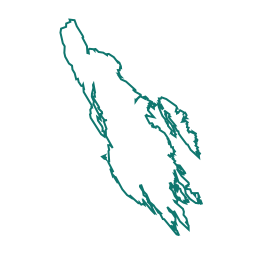 outline of Radøy nor, Norway, rotated 196°
{"feature_id": "86288312B30857166423127", "entity_name": "Radøy nor", "entity_type": "district", "adm_level": 2, "iso_a3": "NOR", "parent_name": "Norway", "parent_adm1": "", "projection": "albers", "projection_center": [4.99, 60.666], "detail": "fine", "context": "isolated", "style": "outline", "palette": "teal", "viewbox_px": 256, "rotation_deg": 196, "n_neighbors": 0, "source": "geoboundaries", "source_scale": "gbopen_adm2", "svg_char_len": 5690}
<svg xmlns="http://www.w3.org/2000/svg" viewBox="0 0 256 256"><g transform="rotate(196 128 128)"><path d="M219.7,205.1L219.2,201.0L214.0,191.5L211.4,189.1L209.9,182.7L208.0,179.2L202.5,173.7L199.0,172.5L197.5,168.9L194.3,165.9L191.2,160.5L189.7,161.5L188.1,158.6L184.7,155.7L183.3,155.6L183.1,157.3L181.1,153.5L181.6,153.4L180.5,150.4L169.1,139.7L168.6,138.6L169.5,139.0L168.6,137.9L169.3,135.1L167.8,131.7L168.3,130.7L166.7,127.5L152.1,114.6L148.2,113.2L149.2,116.8L150.6,118.3L151.7,118.0L152.3,120.9L153.5,122.5L158.8,126.8L160.5,130.1L156.7,128.5L159.0,132.2L167.9,141.6L168.1,144.1L171.4,148.1L172.1,151.1L172.3,157.0L173.5,159.7L173.3,160.8L169.4,152.9L169.8,151.8L168.4,149.0L170.2,148.6L170.0,147.7L162.0,140.5L161.5,139.7L162.1,139.1L161.4,138.4L157.5,136.3L156.9,134.8L158.1,134.1L156.3,131.6L152.6,129.0L150.5,129.9L153.2,127.9L148.4,121.2L148.9,120.1L147.0,114.3L137.2,104.6L140.4,106.7L142.3,106.0L140.1,101.8L140.4,100.4L136.9,90.8L137.7,90.5L137.4,89.6L129.9,81.6L133.9,84.1L129.5,77.7L129.3,78.6L127.9,77.8L129.0,78.1L122.5,72.2L127.6,77.5L126.2,77.3L116.6,67.5L110.4,63.3L106.5,62.1L108.0,63.9L97.3,58.6L96.2,58.8L96.4,59.5L94.1,58.0L92.5,59.2L91.0,58.7L93.0,61.8L92.3,61.5L92.6,62.2L82.9,55.4L78.0,52.6L80.5,54.3L79.0,53.9L85.5,60.7L88.5,62.4L88.5,63.5L90.1,64.9L90.4,66.4L94.5,67.8L96.2,71.3L100.3,74.9L100.5,76.0L99.4,76.6L95.5,71.3L91.9,69.2L86.2,62.3L82.1,59.8L83.0,61.1L81.9,60.6L75.3,54.9L74.2,55.3L79.6,58.7L72.7,55.0L73.6,54.5L69.4,50.1L68.1,50.3L52.0,39.2L49.4,39.1L52.3,40.4L50.4,40.1L52.6,42.8L57.2,44.2L60.3,46.1L55.7,44.3L55.2,44.8L58.3,46.7L54.7,45.3L55.7,47.2L60.8,50.1L55.5,48.5L58.5,50.5L55.4,49.3L56.6,50.9L57.6,54.7L62.0,58.5L65.1,59.4L68.5,62.9L58.9,57.8L61.0,61.1L52.4,52.6L41.7,47.1L42.9,50.9L46.9,53.8L44.9,53.5L46.9,57.1L50.7,59.8L51.2,62.9L52.9,65.4L62.4,69.8L63.3,70.7L60.5,70.4L60.7,72.7L64.3,75.5L67.6,79.8L71.1,81.7L71.2,82.8L69.5,81.8L69.2,82.8L72.5,86.3L71.7,86.9L67.3,83.5L64.7,79.7L64.0,76.9L58.3,72.5L60.7,75.7L59.4,74.8L59.5,75.5L57.5,72.7L54.1,71.6L51.7,71.5L53.6,73.4L51.3,73.5L51.6,74.5L50.2,73.2L49.4,73.7L51.0,75.7L52.9,75.1L53.8,76.8L53.3,77.2L59.2,81.2L61.0,83.9L62.6,83.9L64.2,86.4L65.7,86.7L63.1,83.0L63.1,81.1L67.6,84.9L65.2,84.9L67.9,87.2L68.4,90.2L69.2,91.0L67.0,89.7L66.8,90.7L69.4,92.7L67.1,92.2L70.2,95.7L68.5,95.1L70.5,97.2L72.0,100.8L64.6,90.0L59.4,88.0L57.3,86.1L55.2,86.8L56.1,88.1L54.4,89.0L55.1,89.4L54.0,90.7L54.7,92.1L63.3,96.6L69.7,102.1L65.9,100.8L64.6,99.1L62.3,98.8L63.1,100.1L61.3,99.7L60.6,100.3L61.0,100.9L67.9,106.2L68.8,106.1L64.7,102.5L69.0,104.7L69.0,103.3L69.5,103.2L70.3,105.1L74.2,107.7L73.5,109.2L76.6,110.7L76.0,111.3L78.3,113.3L77.1,113.7L77.5,114.1L78.5,113.8L79.4,111.9L82.4,113.4L79.3,112.6L78.9,113.8L79.5,115.2L76.8,115.5L77.6,115.9L77.0,116.6L77.9,118.9L75.7,117.8L79.2,120.6L79.5,121.9L81.1,121.4L83.5,125.6L83.9,125.7L82.7,123.9L84.0,123.8L84.9,125.2L84.1,125.4L85.4,126.9L84.9,127.1L87.8,129.1L86.2,128.1L86.0,128.5L91.6,133.3L97.0,134.9L97.4,136.4L100.1,137.7L101.2,137.4L101.4,135.9L103.1,136.3L102.8,135.2L103.8,136.7L104.9,135.9L105.5,136.7L104.5,136.9L104.9,138.2L106.2,139.2L108.4,138.3L114.3,144.5L113.4,145.1L114.5,146.1L112.4,145.1L106.0,145.5L113.6,150.5L114.3,152.6L115.5,153.4L113.3,152.6L113.1,153.7L114.5,155.1L114.0,156.1L108.5,153.9L109.0,155.5L107.2,158.0L109.7,158.8L110.8,158.0L108.2,157.5L110.0,154.7L114.0,157.1L112.5,157.6L113.5,158.3L111.6,159.0L112.0,159.6L117.1,160.5L117.1,161.6L119.9,163.0L120.9,162.4L118.5,160.5L124.8,161.9L126.7,159.2L128.0,155.4L128.5,157.1L127.7,156.9L127.7,157.9L124.7,162.9L125.0,163.5L131.2,164.9L133.3,166.0L133.0,166.8L130.7,165.8L131.4,166.6L142.7,172.1L148.1,172.9L151.0,175.4L148.9,175.4L152.4,177.4L151.2,177.6L153.6,180.9L151.9,181.3L152.3,184.1L151.3,183.9L151.9,185.4L154.3,188.4L155.6,188.9L154.8,187.5L161.2,192.2L166.9,193.9L168.4,193.3L168.2,192.3L172.6,193.6L177.2,193.0L181.0,195.0L182.1,194.5L181.7,193.4L183.0,194.2L186.9,193.5L187.6,192.0L186.2,188.9L187.7,188.9L190.0,195.3L196.6,202.2L196.1,203.0L196.9,204.1L205.3,211.7L209.1,216.9L214.0,216.1L212.7,214.2L216.2,211.4L215.4,208.2L219.7,205.1ZM61.8,124.3L51.5,119.1L52.5,121.5L51.8,123.3L54.7,125.1L53.1,123.4L54.6,122.0L55.0,124.0L55.6,124.0L54.4,125.7L56.0,127.1L55.4,128.5L58.2,129.7L57.7,130.8L58.4,131.7L58.1,132.2L60.3,133.4L59.5,134.2L59.7,135.1L58.1,134.5L58.0,135.6L60.5,137.4L60.2,138.8L61.3,139.4L61.2,141.3L64.6,142.3L63.7,141.1L67.9,141.7L68.2,140.7L70.0,142.2L69.8,145.0L71.5,145.0L72.0,147.8L72.9,148.1L72.2,149.8L75.2,151.0L74.8,150.2L77.7,148.9L77.2,150.5L77.7,150.9L77.4,153.9L76.6,152.8L74.3,153.5L75.7,154.1L75.2,156.4L76.2,157.5L77.3,158.4L78.4,157.3L78.4,158.4L82.8,159.4L83.9,156.4L84.9,155.5L85.4,157.0L86.7,157.0L86.7,160.1L85.9,160.3L87.8,162.4L99.2,166.4L104.2,166.7L104.6,165.2L106.4,164.9L104.2,161.0L105.7,162.5L106.1,162.4L104.0,159.6L103.1,159.3L103.4,160.2L99.7,156.6L100.3,155.7L105.3,158.7L104.1,156.5L98.3,149.2L94.5,146.5L93.4,144.5L91.7,144.2L91.8,143.1L90.9,143.1L90.1,141.1L85.2,137.8L85.3,135.3L84.8,135.8L83.9,134.1L80.0,132.8L80.8,134.7L80.3,135.1L83.3,137.6L82.4,138.0L87.1,143.3L92.6,147.0L95.3,150.8L94.9,151.1L95.7,152.8L96.2,152.2L96.5,153.6L98.0,154.8L91.9,152.6L91.8,151.3L91.0,150.8L92.0,150.4L91.5,149.3L83.0,143.4L84.2,142.9L79.8,138.7L78.7,138.7L77.5,136.5L74.7,134.2L67.2,128.5L66.0,128.5L61.8,124.3ZM37.3,75.2L36.3,75.8L38.2,78.4L40.5,78.5L40.5,76.9L41.7,78.8L42.2,79.9L40.7,78.6L40.4,80.5L41.1,81.5L40.5,81.6L43.0,84.7L45.8,83.8L44.8,81.4L47.7,83.4L48.9,82.9L51.4,86.2L56.4,85.2L54.4,80.9L48.8,76.9L42.2,74.6L39.4,75.1L39.4,76.7L37.3,75.2ZM145.0,93.3L142.2,91.9L141.1,92.0L142.3,93.0L141.0,92.3L141.5,93.1L140.3,93.1L143.0,94.1L142.7,95.2L145.0,93.3Z" fill="none" stroke="#0f766e" stroke-width="2"/></g></svg>